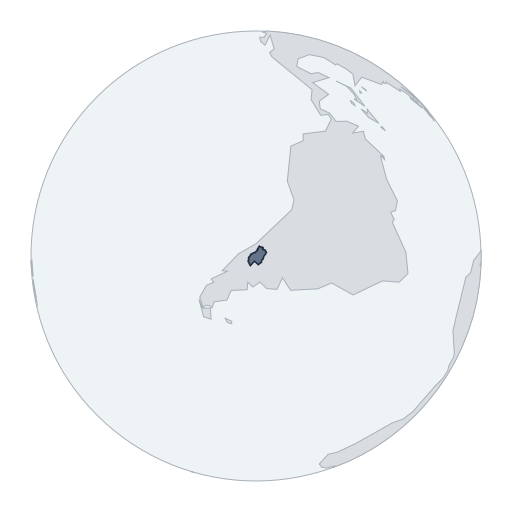 Mendoza highlighted on a globe, orthographic projection, rotated 42°
{"feature_id": "ARG-1275", "entity_name": "Mendoza", "entity_type": "Province", "adm_level": 1, "iso_a3": "ARG", "parent_name": "Argentina", "parent_adm1": "", "projection": "orthographic", "projection_center": [-68.979, -34.756], "detail": "fine", "context": "on_globe", "style": "filled", "palette": "slate", "viewbox_px": 512, "rotation_deg": 42, "n_neighbors": 0, "source": "natural_earth", "source_scale": "10m", "svg_char_len": 5813}
<svg xmlns="http://www.w3.org/2000/svg" viewBox="0 0 512 512"><g transform="rotate(42 256 256)"><circle cx="256" cy="256" r="225" fill="#eef3f6" stroke="#a8b0b8"/><path d="M226.0,32.7L225.4,32.9L229.2,32.7L233.1,32.1L231.5,32.1L231.9,32.0L247.8,30.9L263.6,30.8L279.5,31.9L286.8,32.9L287.8,33.2L278.4,32.6L262.5,31.7L250.3,33.2L266.1,32.2L268.2,33.8L271.9,34.3L276.4,34.5L278.6,34.0L281.0,34.8L266.3,35.6L263.9,34.8L268.6,34.4L261.1,34.3L251.2,35.8L253.1,37.1L236.2,39.8L237.3,40.9L234.3,42.5L233.6,40.4L234.5,44.6L214.9,52.4L215.7,63.3L206.4,56.0L197.8,56.6L187.4,59.1L187.3,60.7L173.7,63.1L160.9,70.6L155.4,81.4L159.5,87.9L174.7,83.8L179.6,78.0L191.0,74.5L182.1,89.2L201.8,87.3L199.4,98.5L205.1,103.6L215.2,100.6L225.5,102.4L233.2,95.1L245.3,90.9L245.5,100.1L252.3,91.5L259.0,95.9L283.4,96.4L281.5,98.4L301.9,111.7L324.2,120.4L329.3,129.0L326.7,133.3L334.4,136.4L334.5,139.6L365.1,153.1L380.6,167.3L379.9,179.6L366.7,189.8L354.2,220.0L330.3,225.4L323.9,239.0L304.7,258.3L290.2,254.5L294.0,266.7L285.8,273.0L276.3,272.7L274.5,281.2L267.4,281.0L272.0,287.0L260.6,298.2L263.9,308.2L255.6,318.0L258.0,324.1L254.8,323.9L251.6,326.2L251.3,329.7L241.7,324.2L238.8,310.8L242.2,303.9L238.0,303.0L245.1,286.1L240.7,289.6L241.6,265.8L247.8,246.9L251.6,197.7L246.7,188.8L229.3,179.5L208.4,151.0L213.9,138.6L209.3,133.8L224.1,116.7L220.3,103.8L215.1,102.5L209.9,108.1L192.3,102.9L186.4,94.9L134.8,97.4L130.0,95.8L130.8,89.8L118.7,82.4L121.6,93.3L115.9,93.5L112.4,91.0L115.6,88.0L115.0,83.5L110.6,85.3L114.0,81.1L128.1,70.5L143.0,61.1L158.6,52.8L174.8,45.8L191.6,40.1L208.7,35.8L226.0,32.7ZM214.2,67.7L236.9,71.9L223.7,73.8L226.2,72.3L220.6,70.2L209.9,69.2L198.4,72.4L214.2,67.7ZM225.0,59.7L221.1,59.7L225.0,59.2L225.0,59.7ZM257.8,336.2L242.5,326.3L251.1,330.6L256.8,325.2L264.9,333.0L257.8,336.2ZM274.8,322.9L281.6,320.7L283.3,322.6L279.0,324.6L274.8,322.9ZM461.9,347.5L461.9,347.4L455.1,360.9L454.8,359.5L450.4,366.2L446.4,369.0L442.2,368.2L442.3,355.0L447.5,347.8L455.5,328.7L468.9,289.0L474.5,278.5L476.7,266.4L476.1,232.4L476.7,221.1L475.2,212.9L472.9,208.8L470.5,199.1L468.6,195.7L452.5,179.9L444.2,165.0L426.2,131.4L426.6,124.7L420.7,113.6L419.8,101.4L430.7,113.8L440.7,127.0L449.7,140.9L457.6,155.4L464.4,170.5L470.1,186.0L474.7,201.9L478.1,218.1L480.2,234.4L481.2,251.0L481.0,267.5L479.5,284.0L476.9,300.3L473.0,316.4L468.0,332.1L461.9,347.5ZM427.4,111.0L429.3,113.7L427.4,111.0ZM284.1,96.3L287.0,98.3L283.1,98.1L284.1,96.3ZM221.7,77.2L226.6,76.9L229.1,77.9L225.3,78.6L221.7,77.2ZM263.0,75.5L268.6,76.3L262.7,76.8L263.0,75.5ZM240.4,72.5L258.5,75.2L246.9,77.7L235.6,76.4L243.5,75.3L240.4,72.5ZM222.4,63.8L225.4,64.0L224.4,65.4L222.4,63.8ZM227.9,59.4L226.7,59.6L225.3,58.8L227.9,59.4ZM269.1,33.7L270.3,33.7L274.8,34.0L272.7,34.2L269.1,33.7ZM295.1,35.2L298.4,36.6L294.5,35.5L292.1,35.6L281.1,33.8L287.7,33.2L286.7,33.6L295.1,35.2ZM268.1,32.0L274.4,32.7L267.3,32.0L268.1,32.0ZM355.8,457.9L351.1,460.1L353.9,458.7L355.8,457.9ZM107.1,424.2L106.0,422.4L112.5,427.6L120.8,434.2L127.3,439.8L107.1,424.2ZM101.4,419.0L95.6,413.6L92.0,410.4L94.3,412.3L91.3,408.1L104.5,420.8L101.4,419.0Z" fill="#d9dde1" stroke="#a8b0b8" stroke-width="1"/><path d="M252.6,250.3L252.5,250.1L252.4,249.9L252.3,249.7L252.3,249.4L252.3,249.2L252.5,249.1L252.5,248.9L252.6,248.7L252.4,248.5L252.3,248.4L252.2,248.2L252.0,247.7L252.1,247.4L252.1,247.2L251.9,246.9L251.8,246.5L251.8,246.4L252.3,246.3L252.5,246.4L253.3,246.2L253.7,246.2L253.8,246.2L253.8,245.8L253.9,245.7L254.0,245.6L254.3,245.5L254.4,245.4L254.5,245.4L254.9,245.4L255.0,245.4L255.1,245.2L255.3,245.0L255.5,245.0L255.7,245.3L255.8,245.4L255.8,245.5L256.0,245.5L256.1,245.4L256.2,245.5L256.3,246.4L256.3,246.5L257.0,246.5L257.1,246.4L257.7,246.0L257.8,245.9L258.3,245.7L258.5,245.7L259.1,245.4L259.2,245.5L259.3,245.5L259.5,245.8L259.7,246.0L259.8,246.1L260.1,246.2L260.3,246.1L260.6,246.1L260.8,246.1L261.0,246.1L261.3,246.2L261.3,246.4L261.4,246.8L261.5,246.9L261.5,247.0L261.6,247.4L261.6,247.5L261.7,247.8L261.8,247.9L261.8,248.0L261.8,248.3L261.8,248.5L261.8,248.8L261.9,249.1L261.8,249.3L261.9,249.7L261.9,250.0L261.9,250.3L262.0,250.5L262.0,250.8L262.3,251.5L262.5,251.7L262.5,251.8L262.6,252.1L262.7,252.3L262.7,252.5L262.9,252.6L263.0,252.7L263.0,252.8L263.1,253.0L263.2,253.3L263.3,253.4L263.2,253.5L263.2,253.8L263.0,254.0L263.0,254.5L263.1,254.8L263.1,255.1L263.2,255.4L263.2,255.5L263.4,255.7L263.8,256.5L263.8,256.8L263.8,257.0L263.9,257.3L263.9,257.5L264.0,257.5L263.9,257.6L263.9,257.8L263.9,258.0L263.9,258.3L263.9,258.6L263.9,259.0L263.7,259.3L263.7,259.7L263.6,260.3L263.5,260.6L263.5,260.8L263.5,261.0L262.1,260.9L258.3,260.9L258.2,261.0L258.2,261.4L258.2,261.5L258.3,262.0L258.3,264.2L258.3,267.0L257.7,266.9L257.5,266.6L257.4,266.6L257.2,266.6L256.9,266.5L256.8,266.3L256.7,266.3L256.3,266.3L256.1,266.3L256.0,266.2L255.9,266.2L255.7,265.7L255.4,265.5L255.1,265.4L254.4,265.5L254.1,265.5L254.0,265.4L253.7,265.3L253.6,265.2L253.4,264.9L253.4,264.7L253.5,264.7L253.4,264.3L253.4,264.2L253.2,264.1L253.0,263.8L253.0,263.7L252.9,263.7L252.7,263.5L252.7,263.4L252.3,263.2L252.2,263.1L252.1,262.8L252.0,262.7L252.0,262.4L251.9,262.4L251.7,262.4L251.6,262.2L251.6,261.9L251.6,261.7L251.4,261.5L251.4,261.4L251.5,261.3L251.5,261.2L251.4,260.8L251.5,260.7L251.4,260.6L251.4,260.4L251.6,260.2L251.4,259.6L251.4,259.4L251.4,259.1L251.4,258.9L251.2,258.5L251.3,258.4L251.2,258.2L250.9,258.2L251.0,257.8L251.5,257.6L251.5,257.4L251.5,257.1L251.6,256.8L251.8,256.2L251.7,256.1L251.8,255.9L251.9,255.5L252.0,255.4L252.1,255.2L252.3,254.9L252.5,254.7L252.5,254.4L252.5,254.2L252.8,254.1L253.0,254.2L253.2,253.9L253.1,253.7L253.1,253.2L253.1,252.9L253.0,252.6L252.9,252.2L253.0,252.1L253.1,251.9L253.0,251.7L253.1,251.4L253.1,251.2L253.2,250.9L253.3,250.7L253.3,250.2L253.2,250.2L252.8,250.1L252.7,250.3L252.6,250.3Z" fill="#64748b" stroke="#1e293b" stroke-width="1.5"/></g></svg>